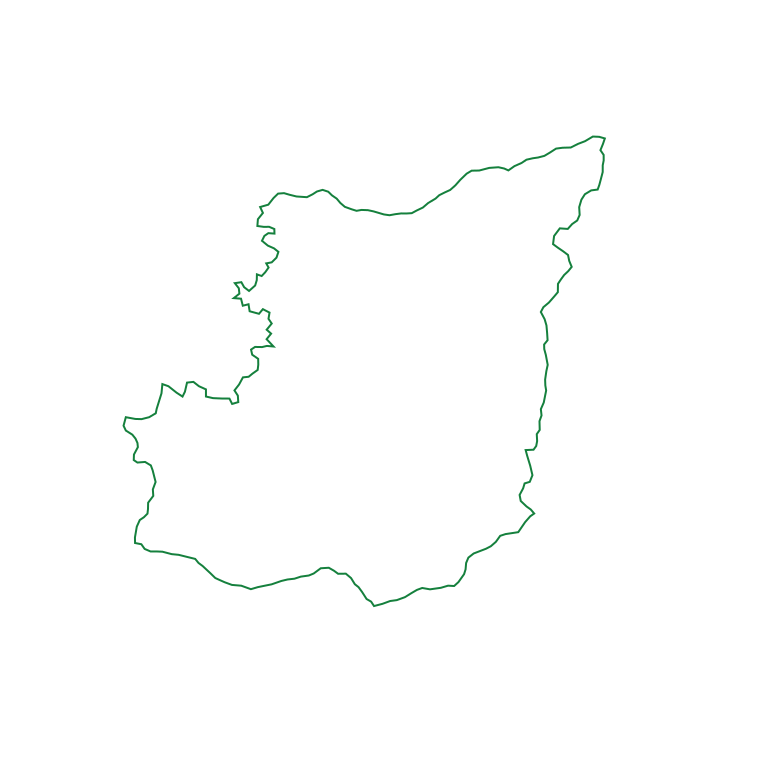 outline of Luís Antônio, São Paulo, Brazil, rotated 72°
{"feature_id": "56859067B15496650463399", "entity_name": "Luís Antônio", "entity_type": "district", "adm_level": 2, "iso_a3": "BRA", "parent_name": "Brazil", "parent_adm1": "São Paulo", "projection": "robinson", "projection_center": [-47.801, -21.547], "detail": "fine", "context": "isolated", "style": "outline", "palette": "green", "viewbox_px": 768, "rotation_deg": 72, "n_neighbors": 0, "source": "geoboundaries", "source_scale": "gbopen_adm2", "svg_char_len": 3679}
<svg xmlns="http://www.w3.org/2000/svg" viewBox="0 0 768 768"><g transform="rotate(72 384 384)"><path d="M218.7,98.1L215.4,103.0L213.2,108.9L215.2,117.8L215.6,125.3L216.8,133.3L214.5,141.1L213.3,147.6L215.2,154.8L216.6,161.0L216.2,167.5L215.3,172.7L214.7,179.2L216.3,184.9L217.1,192.6L219.3,199.7L216.2,203.1L213.2,208.2L211.0,217.1L210.4,227.5L208.2,234.7L209.5,240.4L213.4,248.4L217.1,254.7L219.9,261.1L220.6,267.1L221.5,273.1L223.6,277.7L225.5,286.0L228.2,292.5L229.1,299.3L230.1,304.8L228.7,310.2L227.1,314.9L226.0,320.7L225.2,326.6L222.7,331.7L216.6,340.6L213.7,345.6L211.5,351.6L210.8,356.6L207.9,360.7L203.4,366.5L198.3,369.6L193.1,371.7L188.5,375.2L183.9,377.6L180.4,382.4L180.2,388.3L181.5,393.2L182.5,399.6L178.6,409.3L174.8,415.4L171.6,420.1L170.2,425.9L173.0,431.6L177.7,438.6L177.4,447.1L183.9,446.3L188.3,453.0L194.6,455.6L197.4,449.8L199.0,444.7L202.7,440.4L207.1,441.7L204.8,447.4L206.2,452.0L210.1,455.8L216.5,451.7L221.0,446.7L225.7,443.6L230.6,447.2L233.6,453.2L232.9,458.7L237.6,457.8L241.0,462.4L243.5,467.0L240.5,471.0L245.9,472.9L250.5,476.1L253.8,483.6L248.7,487.1L243.1,488.2L242.0,494.7L248.1,492.5L253.4,493.6L255.9,500.3L258.7,493.6L265.9,494.1L266.3,488.2L273.3,489.3L278.6,481.2L275.4,476.1L280.7,470.8L286.3,473.7L291.8,472.1L296.1,478.8L301.2,475.8L305.1,481.8L314.2,477.5L311.6,483.6L311.2,488.5L308.9,495.2L310.2,499.8L315.4,500.3L321.2,495.9L326.8,497.6L331.6,499.8L333.5,505.9L335.3,510.5L334.1,516.1L339.7,522.0L343.9,528.2L349.9,526.6L356.2,528.2L356.0,534.6L350.1,535.5L347.7,542.7L344.6,551.0L340.9,557.2L334.1,555.0L328.9,560.7L323.1,564.6L321.8,570.9L329.8,575.7L333.7,579.5L328.1,584.0L319.5,589.7L315.6,594.8L324.1,598.5L329.9,602.6L337.4,607.9L341.3,610.1L343.0,617.6L342.5,625.4L340.4,631.3L335.8,639.8L343.2,644.6L348.5,643.9L354.4,639.0L359.2,637.2L363.9,636.7L368.0,637.6L373.8,643.6L379.0,645.5L382.5,642.8L384.3,635.3L389.4,630.9L394.7,630.7L406.6,631.5L412.8,636.4L419.1,638.0L424.0,645.0L430.0,647.1L434.2,649.0L436.5,653.5L437.9,658.3L443.3,663.2L453.0,668.3L458.3,669.9L461.4,664.3L466.9,662.6L471.1,657.8L473.0,652.0L475.0,646.6L480.2,638.5L483.0,632.1L487.8,624.4L492.0,617.6L496.9,615.7L501.1,612.7L505.1,610.5L510.3,607.6L516.4,604.4L519.8,600.7L523.3,596.8L528.1,590.7L531.7,582.1L538.0,574.0L538.2,566.8L539.1,558.8L539.8,552.8L539.6,542.5L540.1,536.2L541.5,529.3L541.5,522.6L542.9,514.7L542.5,509.4L539.7,501.1L541.7,493.3L546.1,489.3L550.3,486.3L552.6,478.9L558.4,475.3L565.4,473.6L569.3,471.0L575.1,469.1L583.1,467.0L587.0,463.5L592.1,462.1L592.6,453.3L592.3,445.2L593.5,438.6L593.2,430.0L591.4,422.7L590.0,416.3L589.8,410.7L593.5,403.7L595.4,392.9L595.6,385.4L597.8,379.7L595.4,374.4L589.6,366.6L585.5,363.7L579.6,361.2L575.2,357.4L572.9,351.1L572.2,337.9L571.3,332.5L568.7,326.4L564.3,320.4L564.3,314.8L566.4,302.1L559.0,292.5L555.0,285.8L553.6,281.2L548.7,283.2L544.5,286.3L537.5,290.1L531.4,289.3L526.2,283.9L522.0,281.0L522.1,275.6L516.6,271.0L506.9,270.2L496.4,270.0L490.6,269.7L492.7,262.1L490.0,258.4L485.6,256.0L478.9,254.2L475.8,250.1L467.4,247.6L462.6,243.9L456.4,242.6L451.0,237.8L440.3,231.8L435.2,231.0L429.6,229.4L421.9,225.6L416.4,222.4L406.3,221.1L400.3,220.8L395.9,219.5L392.9,214.9L385.9,213.1L378.5,211.4L372.0,211.2L364.0,212.6L360.2,208.7L357.5,202.0L353.5,195.3L350.4,190.3L342.5,187.6L339.1,183.3L336.0,179.0L333.6,173.9L330.6,169.3L324.1,169.8L318.2,169.1L313.3,172.5L308.1,176.5L303.2,180.0L295.8,176.5L290.3,168.7L293.3,161.3L290.0,155.6L288.2,149.7L283.7,145.7L276.1,143.7L269.7,139.3L265.6,134.3L263.9,127.1L265.1,120.7L261.2,117.7L257.2,115.1L250.0,110.5L243.6,108.4L239.3,106.0L234.0,104.3L228.5,105.9L223.4,101.6L218.7,98.1Z" fill="none" stroke="#15803d" stroke-width="2"/></g></svg>